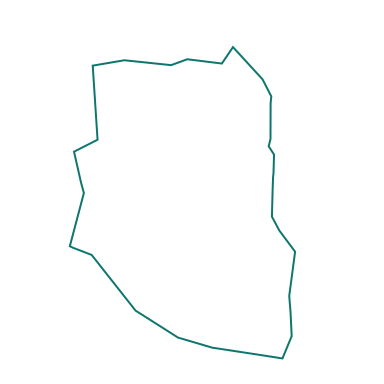 Deren, Dundgovi, Mongolia (Natural Earth projection), rotated 190°
{"feature_id": "93677404B83823475122235", "entity_name": "Deren", "entity_type": "district", "adm_level": 2, "iso_a3": "MNG", "parent_name": "Mongolia", "parent_adm1": "Dundgovi", "projection": "natural_earth1", "projection_center": [106.741, 46.214], "detail": "fine", "context": "isolated", "style": "outline", "palette": "teal", "viewbox_px": 384, "rotation_deg": 190, "n_neighbors": 0, "source": "geoboundaries", "source_scale": "gbopen_adm2", "svg_char_len": 569}
<svg xmlns="http://www.w3.org/2000/svg" viewBox="0 0 384 384"><g transform="rotate(190 192 192)"><path d="M74.0,43.8L68.8,67.3L74.0,90.4L78.2,106.5L80.1,151.1L99.4,169.3L109.0,181.6L113.1,209.0L114.7,220.4L115.0,224.6L117.7,243.1L124.4,250.3L123.9,257.8L130.0,293.1L130.5,299.9L142.1,315.2L176.8,341.8L184.9,323.7L219.7,321.9L234.6,313.3L281.5,310.0L311.7,299.2L294.1,227.1L315.2,211.2L303.0,182.2L298.3,172.2L302.9,117.4L299.4,116.4L279.9,112.6L227.0,65.4L180.5,46.2L145.1,42.2L116.0,42.9L74.0,43.8L74.0,43.8Z" fill="none" stroke="#0f766e" stroke-width="2"/></g></svg>